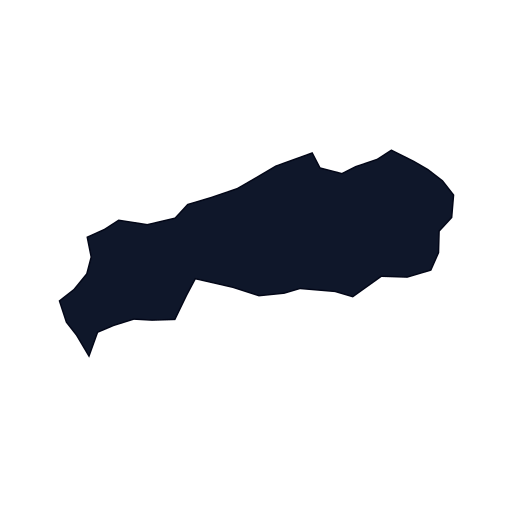 Politiko, Nicosia, Cyprus (Natural Earth projection), rotated 52°
{"feature_id": "46923920B8384928890729", "entity_name": "Politiko", "entity_type": "district", "adm_level": 2, "iso_a3": "CYP", "parent_name": "Cyprus", "parent_adm1": "Nicosia", "projection": "natural_earth1", "projection_center": [33.22, 35.002], "detail": "fine", "context": "isolated", "style": "filled", "palette": "ink", "viewbox_px": 512, "rotation_deg": 52, "n_neighbors": 0, "source": "geoboundaries", "source_scale": "gbopen_adm2", "svg_char_len": 727}
<svg xmlns="http://www.w3.org/2000/svg" viewBox="0 0 512 512"><g transform="rotate(52 256 256)"><path d="M232.0,449.2L218.5,427.8L223.0,411.0L230.5,391.1L242.5,377.4L256.0,359.0L244.0,334.6L236.5,317.8L266.5,293.4L289.1,278.1L302.6,256.7L308.6,241.4L332.6,215.5L347.6,204.8L349.1,169.7L365.7,149.8L374.7,126.9L365.7,110.1L349.1,96.4L346.1,78.1L329.6,62.8L311.6,62.8L293.6,67.4L278.5,73.5L256.0,84.2L254.5,101.0L247.0,122.4L244.0,137.6L226.0,151.4L209.4,148.3L197.4,185.0L194.4,207.9L191.4,229.2L182.4,255.2L173.4,278.1L176.4,296.4L164.4,322.4L143.3,342.2L141.8,359.0L137.3,377.4L155.4,386.5L165.9,400.3L170.4,420.1L170.4,438.5L191.4,446.1L207.9,446.1L232.0,449.2Z" fill="#0f172a" stroke="#020617" stroke-width="1.5"/></g></svg>